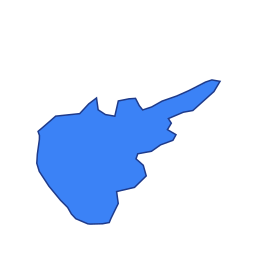 outline of Koshkupir, Khorezm, Uzbekistan, rotated 318°
{"feature_id": "79887680B63967245583955", "entity_name": "Koshkupir", "entity_type": "district", "adm_level": 2, "iso_a3": "UZB", "parent_name": "Uzbekistan", "parent_adm1": "Khorezm", "projection": "equal_earth", "projection_center": [60.29, 41.488], "detail": "fine", "context": "isolated", "style": "filled", "palette": "blue", "viewbox_px": 256, "rotation_deg": 318, "n_neighbors": 0, "source": "geoboundaries", "source_scale": "gbopen_adm2", "svg_char_len": 810}
<svg xmlns="http://www.w3.org/2000/svg" viewBox="0 0 256 256"><g transform="rotate(318 128 128)"><path d="M227.6,154.9L222.5,148.4L216.3,145.7L198.5,141.0L185.6,136.8L171.3,130.8L159.7,128.2L151.0,124.4L151.3,119.0L153.4,111.0L148.3,107.0L138.9,101.4L126.1,110.4L120.2,102.9L118.0,94.5L124.7,84.6L115.0,83.8L101.7,85.0L82.2,70.8L64.6,70.5L58.9,70.3L57.2,74.3L54.4,77.3L43.1,86.8L36.6,93.2L33.0,100.9L30.3,118.3L29.5,136.7L30.0,146.6L28.4,154.0L28.5,160.5L34.0,172.3L35.6,174.1L45.1,182.2L50.8,185.7L54.8,183.8L64.9,179.7L70.2,177.6L77.0,167.6L93.2,176.5L109.5,175.8L114.4,165.9L113.3,156.3L118.0,153.7L129.9,161.0L140.9,162.3L153.2,167.2L159.2,165.1L156.2,155.6L163.4,153.4L164.3,148.0L179.7,153.3L187.9,158.4L201.8,158.4L216.3,158.4L227.6,154.9Z" fill="#3b82f6" stroke="#1e3a8a" stroke-width="1.5"/></g></svg>